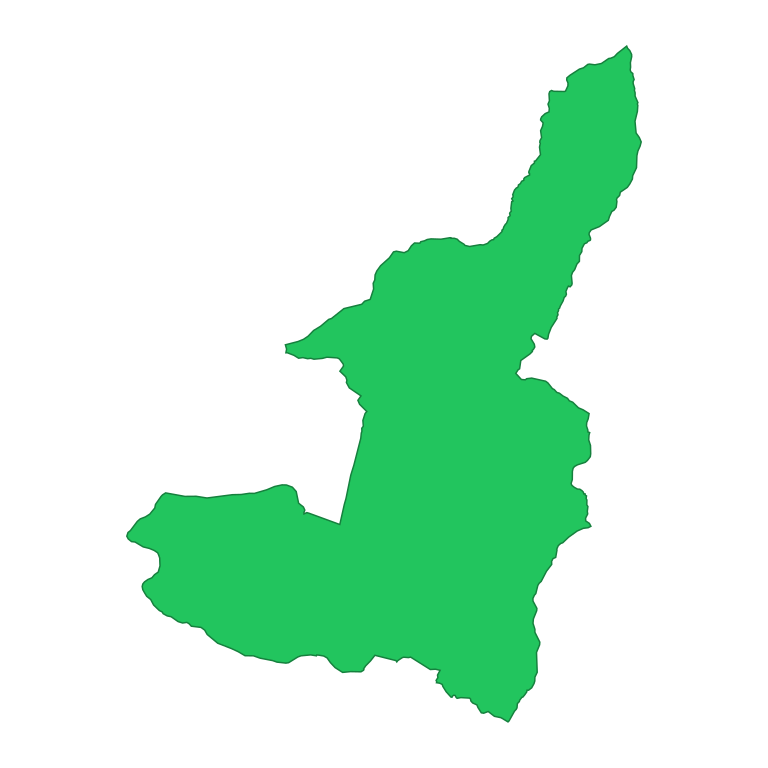 Palanca, Bacau, Romania
{"feature_id": "2599482B22231725486126", "entity_name": "Palanca", "entity_type": "district", "adm_level": 2, "iso_a3": "ROU", "parent_name": "Romania", "parent_adm1": "Bacau", "projection": "equal_earth", "projection_center": [26.107, 46.519], "detail": "fine", "context": "isolated", "style": "filled", "palette": "green", "viewbox_px": 768, "rotation_deg": 0, "n_neighbors": 0, "source": "geoboundaries", "source_scale": "gbopen_adm2", "svg_char_len": 6093}
<svg xmlns="http://www.w3.org/2000/svg" viewBox="0 0 768 768"><path d="M153.6,605.0L159.3,610.5L162.1,611.9L163.2,613.7L167.2,615.9L171.1,616.7L178.1,621.6L182.6,623.0L186.9,622.4L189.3,623.9L191.3,626.2L201.0,627.4L204.7,630.1L207.2,634.5L217.7,643.2L231.3,648.5L238.2,651.7L245.0,655.7L253.4,655.8L260.2,658.2L272.7,660.6L276.9,662.1L285.9,663.1L288.6,662.7L297.8,657.0L301.0,655.8L310.7,654.9L316.4,655.8L316.7,655.0L318.4,655.1L323.7,656.0L327.1,657.9L330.4,662.6L335.1,667.6L342.6,672.4L350.6,671.6L361.0,671.8L363.3,670.4L363.9,669.7L363.6,668.9L365.7,665.8L370.6,660.8L374.9,655.3L396.0,660.6L396.8,661.9L397.8,660.6L402.2,657.7L403.7,657.2L408.5,657.6L410.6,657.1L430.3,669.5L435.5,669.2L440.1,670.3L437.5,675.1L437.9,677.6L436.1,680.4L436.8,682.0L436.5,682.7L439.7,683.2L442.2,684.4L442.9,686.5L446.2,691.8L451.0,697.1L452.0,697.2L452.6,696.0L453.8,695.2L455.2,695.5L456.1,697.4L457.1,698.3L460.9,697.6L469.6,698.1L470.5,699.0L470.9,701.0L472.7,703.0L476.9,704.9L478.0,707.6L481.3,712.8L483.7,713.2L488.2,711.5L494.4,716.3L501.0,717.7L508.0,721.9L509.0,721.0L514.5,711.2L516.3,709.2L517.0,707.8L517.4,703.6L519.3,701.6L519.8,700.0L521.9,697.3L522.8,697.1L524.6,695.0L526.7,692.0L527.0,690.2L528.6,690.2L531.7,687.8L534.0,683.6L534.8,681.0L534.9,677.2L537.2,672.3L536.5,652.4L539.6,644.8L539.8,642.1L534.9,632.3L534.9,629.3L533.0,623.3L533.4,618.9L536.7,610.7L536.9,608.4L533.0,601.1L532.9,598.5L534.4,595.2L535.8,593.6L537.8,585.5L539.1,583.3L541.2,581.4L546.5,571.2L551.7,564.4L551.6,561.3L553.0,558.6L555.7,557.4L557.0,549.9L556.7,549.2L558.3,545.6L560.8,543.4L562.7,542.8L568.7,537.1L577.2,531.0L583.4,528.3L588.2,527.7L590.9,526.3L589.4,523.4L585.7,520.9L585.6,518.1L587.7,513.9L587.3,511.4L587.9,506.5L586.8,504.8L586.9,500.0L586.1,498.5L586.5,495.9L585.3,495.2L585.0,493.8L583.8,493.9L583.3,492.1L581.9,490.6L579.8,489.2L577.5,489.1L574.4,487.4L571.9,485.4L571.1,483.5L572.3,479.6L572.4,471.4L573.1,468.3L574.5,466.5L577.5,464.8L585.3,462.3L587.4,460.5L590.3,456.7L590.7,453.8L590.5,445.5L588.7,439.9L589.0,435.0L589.7,432.6L587.9,431.9L587.8,429.9L586.5,426.0L586.7,422.6L588.2,418.8L589.1,413.6L583.1,409.8L578.4,407.8L572.7,402.2L569.3,400.8L567.5,398.3L563.0,396.0L559.4,393.2L556.8,392.4L554.3,389.6L552.4,388.6L547.9,382.9L545.6,381.2L531.7,378.1L526.7,378.7L525.3,379.8L521.4,379.5L515.8,373.4L518.1,369.8L519.6,368.8L520.8,360.5L530.0,353.9L532.4,351.5L532.2,350.4L533.3,349.6L534.8,347.0L534.3,344.2L531.0,338.7L531.5,336.3L534.8,333.4L544.9,338.9L547.1,339.1L547.9,338.2L548.6,334.2L551.2,327.5L557.0,318.4L556.8,316.9L558.0,314.8L557.5,312.6L558.5,310.8L558.6,308.9L559.6,308.1L560.2,306.2L563.1,300.9L564.2,297.4L565.6,296.2L566.4,294.3L565.9,291.5L567.2,288.3L568.4,286.1L570.1,286.8L571.8,284.9L572.1,283.3L571.4,275.6L572.5,272.4L574.7,269.6L576.9,264.1L579.4,261.3L579.5,255.4L581.8,251.7L582.0,248.3L584.4,243.8L586.8,242.8L588.0,241.2L590.1,240.4L590.5,239.8L590.5,238.2L589.0,234.3L589.3,232.6L591.2,229.9L599.4,226.6L608.3,220.3L609.5,216.4L611.8,211.5L614.1,210.1L616.2,207.3L616.9,201.5L616.5,199.6L617.0,198.1L619.6,195.5L620.3,192.2L627.3,187.4L629.7,184.1L632.4,179.1L632.7,175.7L636.5,167.7L636.9,155.7L637.9,151.0L640.1,146.1L641.2,141.9L639.3,137.5L636.1,133.0L635.0,121.2L637.4,111.4L637.8,105.3L637.3,104.0L637.9,102.6L635.1,96.1L635.1,92.8L634.4,90.3L634.7,88.6L633.2,83.7L633.1,81.7L634.1,79.5L632.9,75.7L632.8,73.5L630.8,71.8L630.2,69.9L630.6,67.1L630.4,62.6L631.7,56.7L631.6,54.4L629.8,50.6L627.6,48.3L626.7,46.1L617.4,53.4L614.3,56.7L610.8,58.2L608.7,58.5L601.4,63.5L594.9,64.8L589.5,64.1L587.8,64.4L583.5,67.8L579.4,69.1L569.9,75.3L566.9,77.8L566.7,80.0L568.0,83.0L567.9,85.9L565.5,91.1L564.4,91.5L553.7,91.3L551.5,90.5L549.7,91.6L549.0,93.8L549.4,100.9L548.0,104.1L549.3,108.3L549.0,111.9L545.2,113.6L541.7,116.8L540.7,119.0L540.6,120.0L543.0,122.7L543.0,123.7L542.5,126.4L540.6,130.7L541.6,137.7L540.0,140.6L539.8,142.3L540.3,143.4L539.5,147.1L540.5,154.7L535.6,160.9L534.4,161.2L534.4,163.1L531.3,165.5L528.9,171.5L528.8,172.9L529.5,173.4L529.6,175.0L524.8,177.5L523.9,178.6L523.8,180.3L521.6,181.3L520.4,183.6L518.4,185.0L518.3,186.3L517.6,187.4L516.3,188.0L514.5,190.1L512.7,194.8L513.1,195.6L513.0,197.0L511.7,198.7L513.0,201.0L511.7,201.7L510.9,208.3L511.2,211.4L510.0,212.5L509.6,213.8L510.2,215.1L510.0,215.8L508.1,217.5L508.1,219.5L506.5,223.3L505.3,224.4L503.8,226.9L503.0,229.4L501.9,230.2L502.1,231.3L501.7,231.9L496.8,236.7L494.2,238.2L493.6,239.6L491.8,239.9L489.7,241.2L487.6,243.4L483.2,245.0L480.1,244.7L469.6,246.5L464.9,245.4L464.1,244.3L459.4,241.4L457.2,239.2L454.4,238.3L451.0,238.3L451.0,237.8L450.1,237.7L441.0,239.2L431.0,238.9L427.2,239.5L424.5,240.8L420.8,241.7L419.8,243.2L414.5,243.0L411.4,245.8L408.2,250.7L404.2,252.7L396.3,251.2L393.5,251.9L389.4,257.8L380.6,265.7L376.8,271.0L375.1,274.9L374.8,279.9L373.2,283.3L373.6,289.0L370.2,299.4L364.6,301.2L361.7,304.3L343.9,308.6L331.5,318.5L328.7,319.4L320.5,326.3L313.6,330.5L308.1,336.2L303.5,339.3L298.1,341.5L285.4,344.8L286.6,349.1L285.9,352.8L287.4,352.8L293.9,355.3L298.6,358.2L302.9,357.6L307.6,358.7L310.8,358.3L313.9,359.2L322.4,358.4L326.9,357.2L337.3,357.9L339.4,358.9L343.2,364.0L343.5,366.1L339.9,371.2L345.8,376.9L346.9,380.2L346.4,382.5L349.3,387.9L361.0,395.9L357.9,400.3L359.6,404.3L366.8,411.5L365.1,413.5L362.9,420.4L363.3,426.3L361.8,428.2L361.9,431.5L361.3,433.0L360.8,438.2L353.9,465.1L350.8,475.1L346.0,498.5L344.3,504.5L339.8,524.5L309.2,513.3L306.8,512.6L304.0,513.9L303.9,512.5L304.8,510.1L303.4,507.0L298.6,503.2L296.2,491.5L292.4,487.2L286.5,485.0L282.0,484.9L274.6,486.5L266.7,489.8L254.4,493.4L249.3,493.3L241.2,494.5L232.5,494.7L207.0,498.0L196.2,496.3L184.9,496.4L165.6,492.9L162.5,494.9L161.0,496.5L155.5,504.4L154.8,508.0L149.8,514.1L145.4,516.9L140.2,518.9L137.3,521.4L130.4,530.6L128.0,532.5L126.8,536.2L128.2,538.9L131.5,541.6L135.0,542.0L143.2,546.9L149.3,548.4L154.1,550.4L157.7,552.8L158.7,555.1L159.7,558.0L160.0,565.9L158.2,572.1L154.6,574.6L151.9,577.8L147.9,579.5L144.5,581.9L142.8,584.0L142.2,586.5L142.8,589.7L144.5,592.7L146.7,596.3L150.7,599.5L153.6,605.0Z" fill="#22c55e" stroke="#15803d" stroke-width="1.5"/></svg>